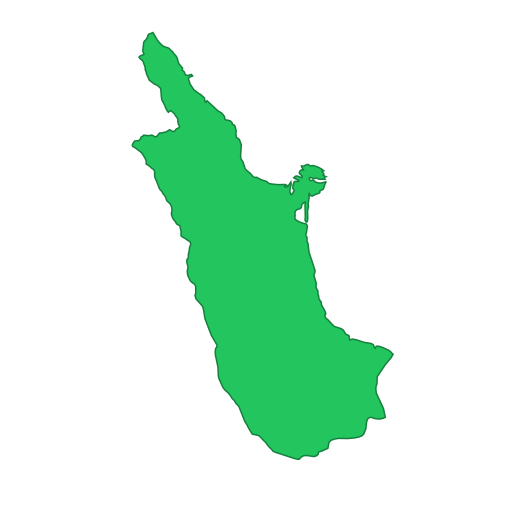 an SVG outline of Canterbury, rotated 288°
{"feature_id": "NZL-3400", "entity_name": "Canterbury", "entity_type": "Regional Council", "adm_level": 1, "iso_a3": "NZL", "parent_name": "New Zealand", "parent_adm1": "", "projection": "mercator", "projection_center": [172.324, -43.488], "detail": "fine", "context": "isolated", "style": "filled", "palette": "green", "viewbox_px": 512, "rotation_deg": 288, "n_neighbors": 0, "source": "natural_earth", "source_scale": "10m", "svg_char_len": 6103}
<svg xmlns="http://www.w3.org/2000/svg" viewBox="0 0 512 512"><g transform="rotate(288 256 256)"><path d="M436.7,89.0L430.6,95.7L428.3,99.6L427.2,102.0L426.7,104.2L426.8,107.5L426.6,109.4L425.8,110.4L424.6,113.4L423.1,115.4L421.5,118.2L420.0,119.8L416.4,122.1L414.7,123.7L412.2,127.8L411.8,128.2L411.2,128.3L410.1,128.2L409.0,130.8L408.1,131.6L407.2,132.2L406.6,133.1L406.5,134.8L406.8,135.8L408.2,137.5L408.7,138.5L408.2,139.3L407.6,140.1L405.9,137.9L405.0,137.3L403.8,137.0L402.8,137.4L401.1,138.9L400.3,139.3L399.3,140.1L395.1,145.2L393.5,149.4L392.2,154.1L390.4,158.1L386.8,159.9L386.8,160.7L387.4,160.8L388.5,161.5L382.3,174.9L381.5,178.7L380.3,181.0L378.8,183.0L376.3,184.2L376.1,185.4L376.5,187.5L376.4,188.7L376.6,189.3L376.5,189.9L375.9,191.2L375.2,192.2L374.5,192.6L373.9,193.1L373.8,194.6L373.5,195.4L372.7,196.1L369.2,198.3L368.4,198.6L366.1,199.0L362.8,200.7L362.4,201.8L362.1,203.0L361.7,203.9L361.0,204.7L357.2,207.7L346.4,210.4L343.8,211.6L341.6,214.4L335.5,218.9L334.4,221.0L332.6,225.5L330.7,228.5L330.3,229.4L330.5,231.0L331.1,232.4L330.5,235.0L330.2,237.8L330.1,243.6L329.5,244.3L329.0,245.8L329.2,248.1L330.7,255.0L333.0,261.5L332.8,263.2L331.8,261.9L330.9,261.8L330.5,262.5L331.1,264.0L332.3,264.9L337.2,266.3L335.0,267.3L329.7,267.7L327.3,268.5L325.2,270.4L326.1,271.3L328.3,271.7L330.1,272.2L331.7,270.1L334.7,269.3L337.6,269.3L338.8,269.6L339.2,271.2L339.9,272.8L340.7,273.7L341.0,273.3L341.4,270.5L342.1,267.7L344.2,269.0L344.7,270.0L344.8,271.8L344.6,274.9L344.9,275.5L346.0,275.2L346.7,274.4L347.2,273.1L347.9,271.9L348.9,271.4L350.1,271.5L351.3,272.0L352.2,273.0L352.5,274.5L354.8,272.0L355.7,271.4L356.1,273.3L357.0,274.5L358.1,275.3L359.0,276.7L359.1,277.5L358.5,279.7L358.7,280.4L359.3,281.5L359.6,282.1L359.8,285.1L359.6,288.3L359.0,291.4L358.0,294.1L357.0,292.6L355.0,295.2L353.6,294.9L353.1,297.2L353.0,298.0L352.4,297.0L351.7,296.8L351.0,297.2L350.3,298.0L350.0,296.6L349.0,294.1L348.6,292.6L348.6,290.9L348.9,290.0L348.8,289.1L347.8,287.7L347.4,286.3L347.6,284.6L347.5,283.3L346.5,282.7L345.2,283.2L344.7,284.3L344.9,285.6L346.0,286.6L344.8,289.6L344.7,292.6L345.6,295.5L348.1,299.5L347.8,299.8L346.0,299.4L340.7,299.4L339.7,298.8L337.8,296.6L336.0,297.1L335.0,296.4L333.4,294.1L330.3,290.9L330.2,289.4L331.7,287.3L330.3,287.4L328.1,288.5L321.6,289.5L319.4,290.6L314.8,291.1L307.8,293.6L304.6,294.2L303.9,293.7L304.2,292.6L305.0,291.7L306.0,291.3L308.1,290.9L320.1,286.7L321.3,286.6L322.5,286.2L321.9,285.4L319.7,283.9L318.7,283.7L316.2,284.1L314.8,283.5L314.3,282.9L313.3,281.3L312.6,280.6L310.5,279.5L308.5,279.9L306.4,280.8L304.1,281.2L302.8,282.4L302.1,285.1L301.7,288.4L301.7,291.1L302.1,293.4L301.8,293.9L300.9,295.3L300.0,295.7L293.4,296.8L292.5,296.6L290.8,297.1L289.4,298.8L285.7,300.0L284.1,301.5L275.8,305.4L260.4,316.7L258.0,317.1L256.7,316.9L255.5,317.0L248.6,321.8L245.6,322.5L244.4,323.0L241.7,325.8L239.4,326.4L237.3,328.0L235.1,328.8L232.9,331.4L232.3,332.3L230.3,333.1L229.3,333.9L224.4,339.1L222.5,340.3L220.9,339.7L218.8,341.2L218.1,342.4L217.9,343.5L213.5,351.5L213.2,352.8L213.2,359.2L212.8,361.3L211.7,362.9L209.4,365.7L209.3,366.7L209.2,368.0L209.0,369.0L208.1,369.5L207.4,369.7L205.1,371.1L206.8,373.3L207.3,377.2L207.3,385.6L208.2,391.0L208.3,392.9L207.9,395.0L206.9,395.9L205.9,396.5L205.1,397.9L207.4,398.3L208.2,401.0L208.1,404.7L207.4,411.3L206.6,413.6L205.6,415.2L205.0,416.7L201.2,416.0L192.8,412.6L178.7,408.6L171.9,410.5L168.8,410.5L165.7,411.4L162.8,412.8L150.4,424.3L142.6,428.8L141.0,427.2L139.3,424.3L138.5,421.4L138.0,418.3L138.3,415.8L137.2,413.6L135.8,412.6L132.7,412.4L125.7,413.9L120.1,413.5L117.6,412.2L115.8,410.0L113.5,406.1L110.7,399.5L108.2,391.3L106.3,387.4L103.9,384.3L101.3,383.0L95.4,383.8L90.9,379.0L88.8,376.0L86.5,376.4L84.7,375.3L83.2,373.2L81.9,365.8L80.7,362.9L78.4,360.9L75.9,359.8L75.5,358.1L75.3,355.4L75.3,335.2L75.5,332.8L77.1,330.2L78.1,328.0L80.0,325.0L81.7,322.8L83.1,319.8L85.1,316.4L86.1,313.7L85.4,307.5L89.7,302.5L92.5,299.7L95.2,296.5L107.6,286.2L109.7,282.3L111.6,280.4L113.1,277.4L115.2,274.9L117.2,271.9L118.4,269.1L119.6,266.7L121.7,264.3L127.9,258.7L130.3,257.2L138.3,254.3L149.1,248.1L152.9,246.6L155.6,246.2L156.9,246.7L159.0,246.7L166.8,238.0L180.7,226.8L188.7,222.7L191.7,220.7L196.7,212.1L199.7,210.1L201.5,210.3L207.7,208.3L209.2,207.3L210.2,206.2L211.1,203.3L212.1,201.2L215.5,197.9L217.3,196.6L220.6,195.2L223.2,195.0L224.7,194.7L225.9,193.9L227.6,192.7L230.5,191.5L231.5,191.5L232.3,191.7L232.9,192.1L233.3,192.1L233.9,192.0L236.9,191.1L240.2,190.9L243.1,190.2L247.1,190.3L248.3,189.6L249.2,188.5L249.6,187.3L249.9,185.8L250.9,182.8L251.4,180.0L251.8,178.9L252.2,178.4L256.4,177.1L261.3,174.1L261.5,172.1L261.9,170.8L263.8,168.5L265.6,165.8L267.2,164.3L269.5,162.7L270.8,162.3L273.1,162.1L274.5,161.6L276.6,160.5L278.9,158.5L281.0,154.1L284.6,151.3L285.5,150.1L286.3,148.6L288.0,146.8L288.7,145.8L289.5,144.2L290.7,142.9L295.6,139.0L299.7,135.4L302.0,134.4L303.5,134.0L305.5,133.2L306.5,132.0L307.0,130.8L307.2,129.6L308.3,127.5L308.7,126.2L309.1,125.2L309.5,123.1L311.8,122.5L313.2,121.6L314.7,120.3L318.4,115.9L319.5,113.6L321.6,107.5L322.1,104.8L322.7,104.3L323.6,104.1L324.5,104.1L327.2,104.8L328.0,105.3L329.4,108.7L330.8,109.6L332.3,109.9L333.5,109.9L335.1,111.4L336.1,111.7L336.6,113.2L336.8,114.9L337.6,117.6L338.6,118.9L338.8,120.4L338.4,121.8L338.3,123.4L338.9,124.5L340.2,125.1L341.6,125.6L343.2,126.3L344.0,128.6L345.1,130.0L345.7,131.4L346.3,132.2L349.4,134.8L349.2,136.3L348.8,138.0L348.8,139.3L349.6,140.0L351.0,140.5L352.2,141.0L354.2,143.1L355.7,143.1L356.8,141.9L359.8,140.0L361.3,139.7L362.7,138.8L364.2,136.6L366.1,134.4L367.6,131.0L367.7,129.7L365.6,128.2L366.6,126.7L368.6,124.6L371.2,122.5L375.4,118.2L378.1,116.8L385.5,113.8L386.5,112.5L387.1,110.9L387.9,109.2L388.1,106.2L390.3,100.1L395.4,95.6L397.4,94.4L399.0,93.0L400.5,92.6L402.4,91.4L403.8,90.2L405.4,89.1L406.6,88.0L408.0,84.5L409.0,83.3L410.4,83.9L411.6,85.2L412.4,86.5L413.1,87.1L414.1,86.5L415.1,85.5L416.7,84.8L423.4,83.4L424.8,83.2L426.0,83.5L427.1,84.2L428.1,84.6L430.4,85.2L432.0,85.0L433.1,85.2L434.0,85.6L434.4,86.2L436.7,89.0Z" fill="#22c55e" stroke="#15803d" stroke-width="1.5"/></g></svg>